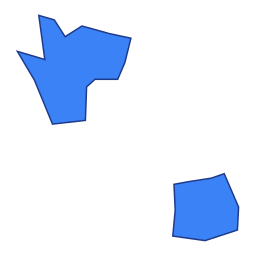 map outline of Vaduz (Natural Earth projection)
{"feature_id": "LIE-4895", "entity_name": "Vaduz", "entity_type": "state/province", "adm_level": 1, "iso_a3": "LIE", "parent_name": "Liechtenstein", "parent_adm1": "", "projection": "natural_earth1", "projection_center": [9.545, 47.128], "detail": "fine", "context": "isolated", "style": "filled", "palette": "blue", "viewbox_px": 256, "rotation_deg": 0, "n_neighbors": 0, "source": "natural_earth", "source_scale": "10m", "svg_char_len": 420}
<svg xmlns="http://www.w3.org/2000/svg" viewBox="0 0 256 256"><path d="M52.5,124.1L34.5,80.3L17.4,51.4L44.8,59.5L38.8,15.4L54.3,19.9L65.1,36.7L81.9,26.0L109.4,33.6L130.9,38.2L124.9,62.5L117.7,79.3L95.0,79.3L86.6,86.9L85.4,120.4L52.5,124.1ZM172.8,236.1L175.2,210.2L174.0,184.3L190.7,181.3L211.1,178.2L224.2,173.7L238.6,207.1L237.4,230.0L205.1,240.6L172.8,236.1Z" fill="#3b82f6" stroke="#1e3a8a" stroke-width="1.5"/></svg>